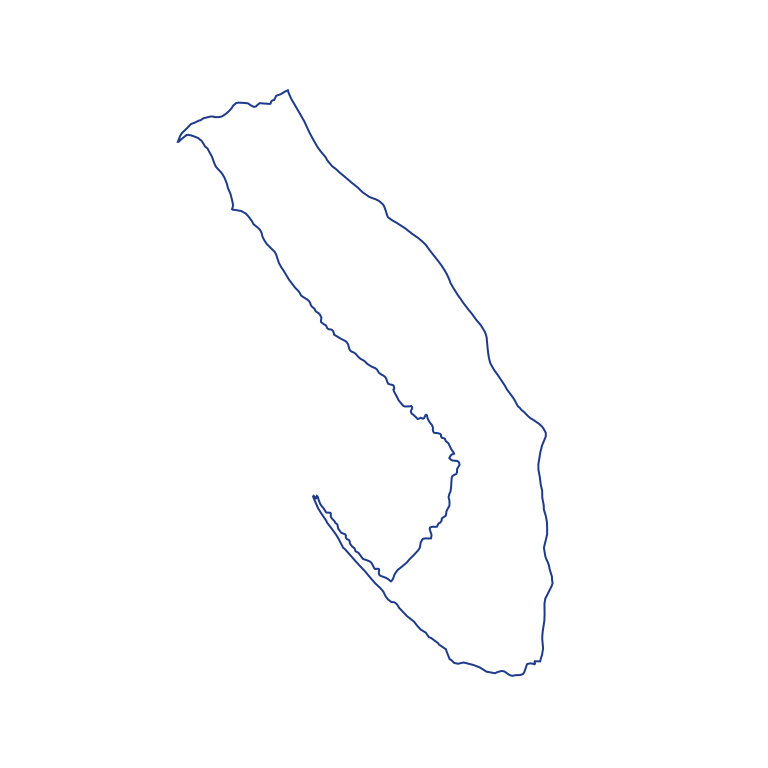 outline of Palmar, Santander, Colombia, rotated 331°
{"feature_id": "7082276B88834330178766", "entity_name": "Palmar", "entity_type": "district", "adm_level": 2, "iso_a3": "COL", "parent_name": "Colombia", "parent_adm1": "Santander", "projection": "equal_earth", "projection_center": [-73.294, 6.526], "detail": "fine", "context": "isolated", "style": "outline", "palette": "blue", "viewbox_px": 768, "rotation_deg": 331, "n_neighbors": 0, "source": "geoboundaries", "source_scale": "gbopen_adm2", "svg_char_len": 6108}
<svg xmlns="http://www.w3.org/2000/svg" viewBox="0 0 768 768"><g transform="rotate(331 384 384)"><path d="M442.3,80.5L439.0,80.2L434.2,80.5L430.7,79.8L429.0,79.8L427.9,80.8L425.5,82.4L424.2,81.9L422.9,82.0L421.9,82.6L420.6,83.8L419.6,83.5L411.4,78.1L408.3,78.6L406.8,79.2L404.8,78.7L403.7,77.5L402.2,74.9L401.1,72.6L398.3,70.6L393.0,67.3L390.9,66.6L387.1,67.4L384.4,68.9L380.3,70.3L376.4,71.1L372.0,71.4L368.9,70.5L365.1,68.4L364.6,67.5L362.7,66.3L360.4,65.5L354.5,64.0L351.6,64.4L349.4,63.8L345.1,63.7L341.2,63.0L336.3,64.6L328.8,66.6L325.8,68.3L324.1,69.8L321.1,72.2L321.7,72.6L324.2,71.9L330.7,70.7L332.1,70.5L334.0,71.4L337.0,74.3L340.7,78.8L341.6,81.2L342.3,82.6L342.6,86.4L342.6,89.6L343.8,92.2L343.7,101.8L342.6,108.7L342.3,112.3L343.0,115.7L344.1,119.8L344.4,121.8L344.5,126.2L343.7,132.5L342.5,136.9L341.9,143.3L340.0,150.5L338.7,154.4L337.1,156.3L335.8,157.4L336.2,158.2L338.2,159.6L343.0,163.5L345.8,168.0L346.8,172.3L347.4,177.2L347.4,181.1L349.5,186.2L350.3,189.1L350.2,192.4L349.1,196.4L349.0,200.8L349.3,204.6L352.4,215.2L352.5,218.2L350.8,226.9L350.7,231.7L351.1,235.5L351.5,246.7L352.9,256.5L354.4,261.9L354.4,266.5L355.8,269.4L357.8,272.9L358.7,275.5L358.7,277.4L358.2,279.6L358.6,281.8L359.7,284.5L359.5,287.3L361.2,290.6L361.6,292.2L361.4,295.7L359.2,298.6L359.0,299.6L360.7,303.2L361.6,304.5L361.6,306.2L361.4,307.8L362.1,309.3L363.6,310.2L364.7,311.3L365.1,313.5L364.7,315.5L364.3,316.7L368.1,323.3L371.2,327.9L371.7,329.7L371.8,332.0L370.9,335.6L370.6,337.3L370.6,338.0L371.2,339.7L372.9,341.9L373.8,343.7L374.6,347.4L375.5,350.3L377.9,354.1L378.7,356.6L379.2,358.5L381.8,363.1L384.0,365.8L384.9,368.0L385.0,371.7L386.3,374.5L387.4,376.1L388.1,377.6L388.5,378.5L388.5,380.4L388.1,383.1L387.8,384.0L387.8,385.9L389.4,387.6L391.1,389.0L391.6,390.1L391.1,392.2L390.5,393.2L389.6,393.3L389.1,395.4L389.1,402.3L388.9,405.3L389.4,408.3L390.3,412.5L391.2,413.7L395.2,415.8L397.0,416.4L397.4,417.5L397.1,418.7L395.5,419.9L394.1,421.1L393.8,423.3L394.7,425.0L395.3,426.8L396.1,429.4L396.4,430.9L398.4,431.4L399.7,431.3L401.2,433.2L402.4,433.3L405.2,431.4L406.0,431.4L406.3,432.2L405.5,435.0L405.3,438.0L405.5,440.4L406.0,442.8L405.9,444.5L405.6,446.2L404.5,447.6L404.0,449.5L404.2,451.1L405.6,452.1L406.7,452.6L409.0,454.9L409.2,456.4L408.4,457.5L408.7,459.4L410.2,460.6L410.7,461.3L410.3,463.8L411.6,467.0L411.2,474.0L411.7,478.0L411.4,479.0L409.0,478.5L407.2,479.1L405.2,480.4L405.6,482.2L406.8,484.1L409.6,486.0L410.7,486.8L411.4,488.2L411.5,489.5L410.9,491.3L406.7,493.8L404.9,496.8L403.6,497.7L400.8,497.5L399.0,497.8L397.7,498.9L392.7,506.7L390.0,510.3L388.0,511.7L385.6,514.3L384.6,517.9L382.8,521.3L381.8,522.5L379.4,523.9L376.8,525.7L375.2,528.0L374.1,529.2L370.3,529.4L369.4,529.7L367.9,531.6L366.0,532.5L364.1,532.4L362.3,533.6L361.4,534.4L360.1,534.1L357.7,532.6L356.0,532.0L354.6,531.9L353.7,532.8L352.9,536.3L352.5,538.8L351.3,540.6L350.2,541.8L347.8,540.6L345.8,539.3L343.8,538.5L342.1,538.5L339.0,540.7L336.2,544.3L333.6,545.9L326.7,548.2L321.2,549.7L317.1,551.3L313.7,551.9L310.8,552.5L306.0,553.2L302.9,554.6L300.4,556.0L298.5,557.9L296.4,559.4L294.4,560.0L293.7,558.6L293.3,557.2L291.9,554.7L290.1,552.5L288.5,550.8L287.8,549.8L287.4,548.7L287.7,547.0L288.8,545.3L289.7,544.4L289.8,543.3L289.0,542.5L286.7,541.6L286.2,541.0L286.2,539.3L286.4,535.1L286.1,533.6L285.3,531.9L283.1,529.3L280.8,526.8L280.3,523.1L280.1,521.1L279.8,519.2L278.0,516.5L278.6,513.6L277.3,510.6L277.0,508.3L276.9,506.8L277.7,505.2L277.8,503.8L277.0,502.4L276.3,501.6L276.1,500.4L276.4,499.2L277.2,498.2L277.2,496.7L274.5,493.4L274.2,491.6L274.0,489.5L273.9,487.8L275.0,484.8L274.9,483.5L274.2,482.2L274.2,480.3L273.1,475.5L273.2,474.1L274.5,471.9L274.7,470.7L273.1,469.6L271.6,468.7L271.1,468.1L270.9,463.4L270.3,460.9L270.1,458.0L270.3,456.3L270.7,453.4L271.3,451.2L271.3,450.3L271.0,449.3L270.2,449.8L269.3,451.0L268.7,451.0L268.2,450.6L268.3,449.4L268.5,448.5L268.2,447.7L267.4,448.1L266.8,453.3L266.1,460.8L266.4,466.9L267.2,475.4L267.0,477.7L268.1,484.9L269.0,492.2L269.2,497.3L268.9,507.6L269.7,509.1L272.9,523.7L274.8,531.8L276.6,538.5L278.0,546.2L279.7,554.1L281.8,560.6L282.7,565.0L282.5,571.1L283.1,574.5L284.8,578.3L286.9,579.6L287.9,581.2L288.6,583.2L288.7,587.1L291.5,597.9L295.1,606.6L295.7,610.9L297.0,616.5L300.0,621.7L300.5,627.2L302.2,629.1L303.8,632.9L305.5,636.5L305.8,638.5L309.1,645.2L309.6,646.0L309.1,648.2L308.0,656.6L308.9,657.7L310.1,661.9L313.0,664.5L318.6,666.2L325.9,673.0L330.4,678.4L334.2,685.3L340.9,690.8L343.8,691.0L348.0,692.1L350.0,693.9L352.7,699.4L354.8,701.5L358.0,702.5L362.0,704.6L365.1,705.0L367.2,703.9L373.1,698.5L373.5,698.4L376.2,699.1L378.4,700.7L379.8,702.1L380.5,701.8L380.8,700.4L381.5,699.6L386.1,702.3L388.3,699.9L390.6,697.9L395.0,692.3L398.6,684.1L400.3,681.1L402.9,677.3L409.6,668.6L412.9,663.1L417.8,654.0L421.0,649.9L424.1,647.9L432.9,641.8L434.9,639.9L436.1,636.6L437.5,633.9L438.9,626.9L440.3,622.6L440.8,619.5L441.1,615.4L441.6,612.8L444.4,604.9L446.3,602.7L448.3,600.6L453.7,594.7L456.8,589.2L459.4,584.1L461.5,578.0L463.0,571.1L464.8,567.8L467.3,560.2L470.6,554.0L472.2,548.3L475.3,540.5L477.6,533.6L480.2,528.9L487.8,519.3L492.4,514.4L500.1,508.3L501.8,505.2L501.9,501.2L501.6,497.8L500.3,494.0L497.3,488.0L495.4,484.7L494.1,481.0L493.1,476.9L491.6,473.2L491.2,470.7L490.3,468.5L490.4,459.7L488.9,448.3L488.9,443.7L487.8,430.6L487.1,425.1L487.0,417.5L487.7,414.7L488.5,411.8L490.4,406.7L492.4,401.9L496.4,392.9L497.1,390.1L497.5,387.3L497.2,379.7L495.8,372.6L494.9,365.2L493.8,359.3L492.5,350.2L492.3,346.9L491.7,342.7L491.2,333.0L491.1,328.3L491.7,324.4L492.2,318.7L492.1,313.3L491.7,307.7L491.0,302.8L488.7,288.5L488.0,282.5L486.9,278.8L484.7,272.9L481.4,266.3L478.3,258.8L475.3,253.1L472.9,248.6L470.5,244.8L468.3,240.1L468.6,237.4L469.5,233.4L470.2,229.1L470.2,226.7L469.3,223.9L468.4,221.6L467.4,220.0L466.0,218.0L464.1,216.0L461.8,213.2L458.4,206.3L456.9,201.8L456.5,200.0L453.2,192.0L449.4,181.7L447.9,178.2L446.0,172.2L444.2,168.4L442.8,160.7L442.9,157.4L441.3,149.4L440.7,144.2L440.6,135.9L440.7,127.7L441.6,116.0L441.5,105.5L441.1,89.5L441.5,85.2L442.0,81.4L442.3,80.5Z" fill="none" stroke="#1e3a8a" stroke-width="2"/></g></svg>